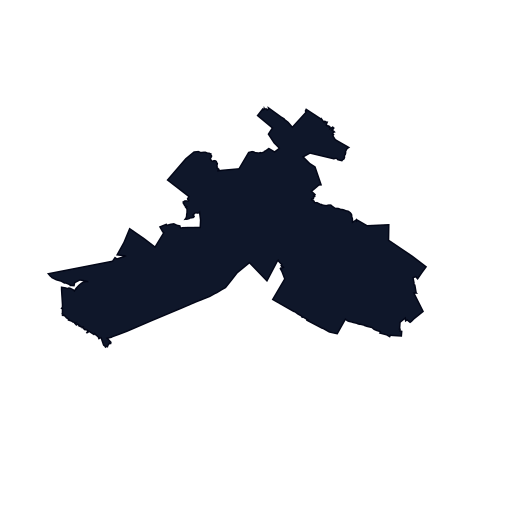 outline of Asientos, Aguascalientes, Mexico, rotated 119°
{"feature_id": "50627088B20342766547871", "entity_name": "Asientos", "entity_type": "district", "adm_level": 2, "iso_a3": "MEX", "parent_name": "Mexico", "parent_adm1": "Aguascalientes", "projection": "natural_earth1", "projection_center": [-102.056, 22.132], "detail": "fine", "context": "isolated", "style": "filled", "palette": "ink", "viewbox_px": 512, "rotation_deg": 119, "n_neighbors": 0, "source": "geoboundaries", "source_scale": "gbopen_adm2", "svg_char_len": 6045}
<svg xmlns="http://www.w3.org/2000/svg" viewBox="0 0 512 512"><g transform="rotate(119 256 256)"><path d="M169.0,312.6L188.0,313.1L197.6,327.3L200.0,330.5L199.6,330.7L198.9,330.2L198.3,330.4L198.1,330.8L198.1,331.5L198.3,331.9L197.8,332.1L197.8,332.9L196.6,333.4L195.9,334.0L195.7,334.3L195.2,334.2L193.8,334.7L193.4,335.8L192.7,336.4L192.5,336.9L192.5,337.7L192.8,338.6L193.5,339.4L194.0,339.3L194.3,339.8L194.4,340.6L194.0,341.6L194.0,342.1L193.5,342.4L193.2,343.0L192.8,343.2L191.5,343.2L191.0,343.1L190.1,343.3L189.1,344.9L188.7,345.1L188.8,345.2L188.8,346.6L189.6,348.4L189.8,350.5L190.5,351.8L192.4,354.5L192.6,357.0L195.1,360.6L205.0,364.5L232.4,370.2L236.5,343.4L239.1,343.6L239.6,343.0L239.7,341.8L240.9,341.9L241.3,342.6L241.5,343.4L241.8,344.0L242.0,344.2L242.3,344.9L243.0,345.2L243.2,345.4L243.8,345.6L244.1,345.8L244.3,345.2L245.0,345.2L245.5,344.4L245.4,343.9L246.0,343.5L246.4,342.9L246.7,341.7L246.5,341.3L246.5,340.7L247.4,341.2L248.1,339.5L248.8,338.8L251.6,337.3L253.2,336.8L254.8,336.0L256.5,335.6L258.2,335.8L257.6,335.0L257.4,334.3L256.5,333.6L256.1,332.9L254.7,332.1L254.3,331.7L254.0,331.1L253.6,330.7L252.8,329.6L251.9,329.3L251.3,329.3L251.1,329.7L251.0,330.9L250.8,331.2L250.6,331.2L250.1,330.7L249.6,330.8L249.0,330.4L248.5,330.4L247.6,329.9L247.1,329.4L247.1,328.8L246.8,328.0L246.2,327.2L245.8,326.9L244.9,326.7L251.4,321.9L258.1,318.6L264.1,329.3L267.1,334.3L268.2,335.1L267.4,336.5L266.6,337.2L267.5,340.1L267.7,343.5L269.9,346.3L272.4,348.7L271.8,349.8L277.1,354.1L280.1,349.2L280.3,347.9L297.2,348.6L295.2,361.8L293.4,379.7L308.2,378.0L322.3,378.0L318.9,369.6L326.0,376.2L325.8,378.5L330.1,378.9L372.2,429.0L373.3,426.0L373.5,424.6L373.8,424.1L373.6,419.1L372.4,414.1L372.5,410.5L371.8,409.3L371.3,405.0L371.8,404.2L371.3,403.9L371.4,403.4L370.2,400.8L367.2,401.7L362.4,398.5L361.2,395.2L359.8,390.1L360.6,392.0L361.7,393.4L362.8,394.5L364.6,395.5L367.4,396.6L371.3,397.6L371.7,397.6L371.8,397.1L372.2,397.3L372.2,397.7L374.7,397.9L374.2,399.6L374.4,403.0L374.7,404.1L375.9,405.2L376.3,407.2L377.6,410.9L379.6,409.8L392.3,401.7L394.5,400.5L396.1,400.6L395.9,399.7L399.8,397.6L400.6,397.5L400.7,396.1L401.6,396.2L400.9,394.6L401.0,394.5L401.5,392.8L401.9,392.0L402.0,390.7L402.1,390.3L402.1,389.7L402.3,388.8L402.9,388.8L402.3,385.6L402.5,384.1L402.2,383.3L402.1,381.9L401.8,381.5L402.7,381.8L403.1,380.4L403.4,379.7L401.9,378.9L402.3,376.7L402.9,377.0L402.8,374.9L401.9,373.0L402.7,373.1L402.6,372.9L403.2,370.8L403.4,370.6L403.4,370.3L403.0,370.4L403.0,369.2L402.7,369.1L402.8,366.6L405.1,366.8L405.1,366.7L404.6,366.2L403.9,365.9L403.5,366.0L402.8,365.6L403.2,359.7L402.0,359.5L402.5,358.3L403.1,355.2L403.3,354.5L403.7,354.0L403.9,354.0L404.4,353.3L403.6,352.9L402.5,351.9L407.5,346.4L407.8,346.0L408.2,343.9L408.6,343.5L407.3,342.7L407.2,342.4L407.7,341.3L407.2,342.3L403.7,342.0L403.8,341.9L403.0,340.7L401.8,341.1L400.1,346.3L397.1,343.0L396.3,342.6L394.1,340.7L391.5,338.4L384.4,332.4L363.8,316.5L337.3,295.6L326.0,286.9L313.8,276.9L308.6,273.7L307.2,272.6L301.9,269.6L298.4,267.4L289.0,265.8L279.9,264.4L265.0,258.5L267.0,251.9L272.4,234.4L249.7,234.9L248.9,234.6L249.5,233.9L250.6,230.6L250.5,229.7L251.3,229.1L252.1,229.4L252.6,228.6L252.4,226.6L252.6,226.4L254.8,228.4L254.7,228.5L254.9,228.6L255.2,228.6L256.4,226.7L256.2,226.7L262.1,219.7L285.9,220.3L286.2,196.3L285.9,194.6L286.4,191.3L286.4,186.9L287.0,186.5L287.1,185.8L286.5,185.3L286.7,180.2L287.0,180.5L287.4,180.5L287.5,180.3L287.1,163.1L286.8,162.2L286.9,155.1L284.6,147.3L267.9,147.2L268.3,144.5L268.1,143.0L267.3,140.4L267.0,138.7L266.0,135.4L265.9,133.7L265.5,132.4L265.3,132.5L263.8,126.9L264.1,126.9L263.7,124.7L262.3,119.9L262.9,117.1L262.6,114.2L261.8,110.6L262.6,110.3L263.3,110.3L261.6,103.5L261.7,100.0L260.1,100.1L259.5,98.5L255.5,90.1L251.3,92.0L251.8,93.8L250.2,94.5L250.4,95.1L249.9,95.2L244.6,97.7L243.9,97.8L237.9,95.4L240.2,93.7L238.6,92.9L239.3,89.1L237.8,88.4L234.5,87.5L223.5,83.0L211.9,100.0L210.7,97.8L210.6,98.1L205.7,102.0L204.5,103.0L204.7,103.5L203.3,104.9L202.9,104.8L198.8,108.2L196.6,106.2L197.6,103.6L190.0,102.9L183.0,102.0L180.5,119.1L178.0,147.7L164.3,155.0L175.7,173.5L175.5,184.8L176.5,185.0L175.6,185.8L176.6,186.1L179.7,187.9L176.5,189.9L175.2,191.4L173.8,192.2L173.1,193.0L173.0,193.8L172.7,194.0L172.5,194.5L172.3,195.8L172.2,197.0L172.2,197.5L172.7,198.4L172.8,199.4L173.0,199.8L173.0,200.8L173.4,202.7L173.8,203.7L174.3,204.4L174.3,205.4L174.6,207.2L176.0,209.9L175.5,214.0L175.2,215.2L176.3,217.2L177.3,218.3L177.6,218.3L178.5,220.4L179.4,223.1L179.2,223.1L179.2,224.3L179.3,223.9L179.6,223.8L179.8,228.5L181.0,230.7L179.9,231.9L179.8,234.7L178.9,235.0L178.5,234.6L178.1,233.6L177.2,233.8L176.3,234.4L175.6,233.7L175.5,234.0L175.7,234.4L174.2,234.1L174.2,234.9L173.6,234.5L173.1,236.4L172.7,238.9L163.5,235.5L162.2,233.6L149.5,247.6L149.1,253.9L146.5,262.9L139.8,258.7L133.4,235.7L133.3,235.1L131.9,233.7L131.5,232.4L132.1,231.2L131.0,227.1L129.9,227.0L128.6,226.2L127.5,226.3L127.2,226.4L126.9,226.4L126.8,226.7L124.5,227.4L123.9,227.2L122.9,227.4L122.6,227.8L122.2,227.8L122.2,228.0L121.9,228.0L120.9,228.4L118.4,228.5L117.0,228.0L116.1,227.5L115.9,240.9L115.8,243.2L113.6,247.2L112.3,247.0L112.2,248.4L110.0,248.1L109.5,247.6L109.2,248.6L109.2,250.8L108.4,250.6L107.8,250.1L106.4,250.0L106.3,250.7L106.4,250.9L106.1,251.4L108.6,252.9L107.9,253.0L107.9,254.1L107.3,254.0L107.0,255.5L107.5,255.8L107.5,256.5L107.4,257.1L107.7,257.1L107.7,257.8L106.4,258.4L104.5,258.6L104.8,259.1L104.8,261.1L106.2,261.2L104.3,265.4L104.7,265.4L103.4,283.2L105.1,283.1L105.5,282.7L105.6,281.8L125.8,286.6L123.5,292.9L122.8,297.6L122.4,297.9L122.3,301.5L120.4,317.0L121.3,316.3L122.4,316.8L122.8,316.9L122.9,317.1L122.4,318.6L122.7,318.7L122.9,318.9L123.3,320.0L123.0,320.4L123.9,320.1L124.7,320.6L124.3,321.4L132.4,322.7L136.0,303.7L143.4,304.2L148.3,294.9L150.2,288.2L150.6,287.8L156.0,290.2L155.8,296.9L159.1,298.4L160.5,299.4L161.3,299.3L163.6,301.7L163.4,302.2L164.6,303.4L166.2,307.2L166.1,307.4L166.0,308.0L166.2,308.9L166.6,310.0L169.0,312.6Z" fill="#0f172a" stroke="#020617" stroke-width="1.5"/></g></svg>